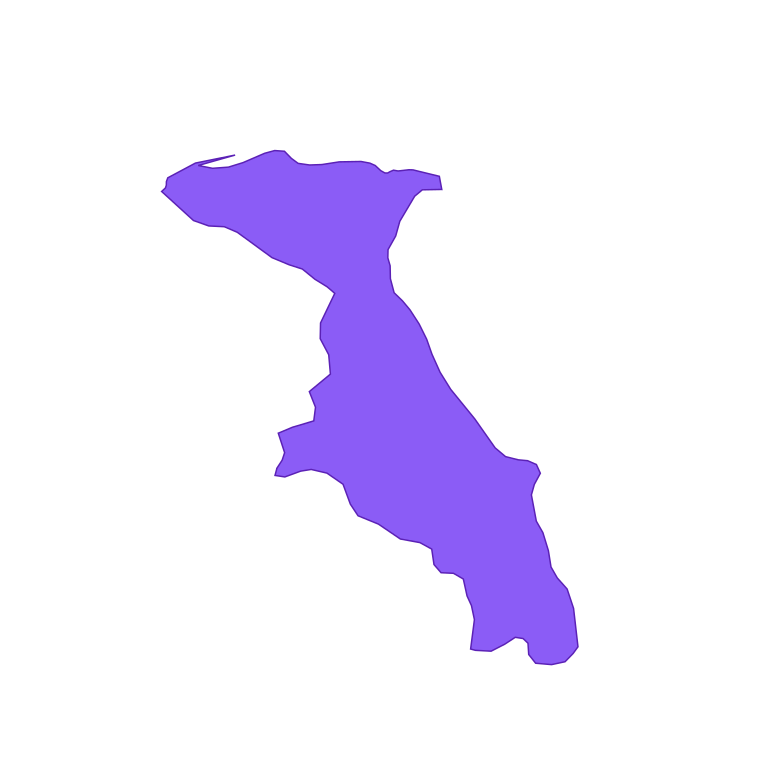 map outline of Kaohsiung City (Robinson projection), rotated 112°
{"feature_id": "TWN-1156", "entity_name": "Kaohsiung City", "entity_type": "Special Municipality", "adm_level": 1, "iso_a3": "TWN", "parent_name": "Taiwan", "parent_adm1": "", "projection": "robinson", "projection_center": [120.587, 22.979], "detail": "fine", "context": "isolated", "style": "filled", "palette": "violet", "viewbox_px": 768, "rotation_deg": 112, "n_neighbors": 0, "source": "natural_earth", "source_scale": "10m", "svg_char_len": 1647}
<svg xmlns="http://www.w3.org/2000/svg" viewBox="0 0 768 768"><g transform="rotate(112 384 384)"><path d="M288.8,662.3L284.1,660.1L281.2,660.3L277.8,661.6L273.8,661.7L249.8,641.6L227.5,607.8L251.0,638.1L248.2,623.7L244.3,615.8L241.2,609.5L231.5,597.6L214.8,581.1L208.5,572.8L205.5,563.5L209.5,554.4L211.6,546.3L208.8,535.0L203.8,523.8L194.8,508.7L186.3,488.7L184.5,479.8L184.7,474.0L187.4,466.9L188.0,462.2L187.0,459.7L184.7,457.8L182.2,455.3L181.2,450.7L176.0,441.1L174.6,437.3L170.7,410.5L182.0,403.3L182.3,404.1L189.6,421.2L198.4,425.9L227.2,430.3L242.4,428.6L257.9,430.6L265.6,427.7L272.1,422.6L284.0,417.5L295.6,408.8L300.0,398.0L305.5,387.7L315.2,373.9L326.5,361.2L338.4,350.7L352.1,336.4L364.0,320.1L382.4,286.7L401.6,257.0L405.8,244.1L404.0,231.1L401.3,222.1L401.6,212.5L408.2,205.6L420.8,207.0L431.6,205.8L454.1,191.4L462.3,181.0L477.0,169.1L491.1,160.6L498.9,150.7L505.5,137.4L521.0,124.2L555.0,105.7L563.0,107.7L573.7,112.1L581.4,123.5L582.6,127.4L586.1,138.8L580.6,148.5L570.4,153.4L567.9,159.7L569.7,167.4L579.9,174.5L591.6,184.6L596.7,199.5L597.3,204.4L568.6,211.9L556.7,219.9L549.4,227.6L535.1,237.4L533.5,248.7L537.6,260.4L532.7,270.0L519.2,277.9L517.6,291.3L521.6,310.8L516.0,336.7L515.9,358.7L508.0,370.2L492.3,384.4L488.0,403.5L490.5,419.5L496.0,428.6L507.3,441.1L509.6,450.8L502.5,451.7L502.4,451.8L492.8,449.9L484.9,450.4L469.2,463.6L458.4,452.7L444.5,435.3L431.2,438.8L419.0,450.4L394.9,437.4L377.6,446.2L365.9,460.1L351.2,465.7L318.4,463.6L315.2,473.1L312.8,487.2L308.0,502.8L309.0,516.6L308.8,535.2L298.3,576.9L298.0,591.0L303.1,605.7L303.8,621.9L288.8,662.3Z" fill="#8b5cf6" stroke="#5b21b6" stroke-width="1.5"/></g></svg>